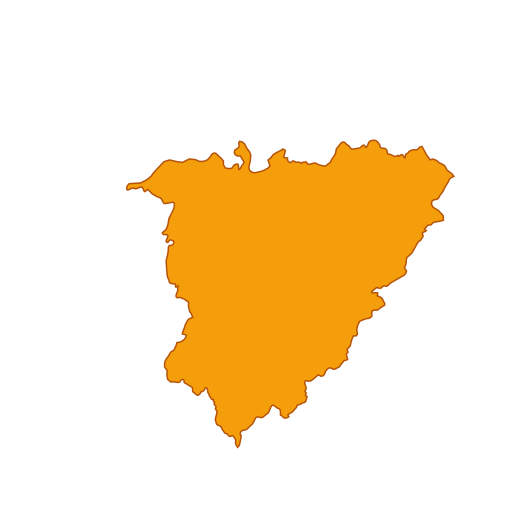 Telangana, Equal Earth projection, rotated 209°
{"feature_id": "IND-20011", "entity_name": "Telangana", "entity_type": "State", "adm_level": 1, "iso_a3": "IND", "parent_name": "India", "parent_adm1": "", "projection": "equal_earth", "projection_center": [78.948, 17.86], "detail": "fine", "context": "isolated", "style": "filled", "palette": "amber", "viewbox_px": 512, "rotation_deg": 209, "n_neighbors": 0, "source": "natural_earth", "source_scale": "10m", "svg_char_len": 6146}
<svg xmlns="http://www.w3.org/2000/svg" viewBox="0 0 512 512"><g transform="rotate(209 256 256)"><path d="M128.9,216.6L129.4,214.1L129.0,213.3L125.8,210.2L126.2,209.1L128.1,207.2L128.5,206.3L128.9,203.0L129.5,201.0L129.2,200.0L129.5,199.3L132.3,195.1L133.4,194.6L136.7,194.2L137.9,193.5L138.8,191.5L139.2,189.3L138.8,185.3L139.4,183.6L141.0,182.3L143.9,182.3L146.4,175.7L147.6,173.2L149.9,171.7L150.6,171.7L152.3,170.9L152.2,169.4L151.8,168.6L147.8,164.5L147.6,161.3L145.6,160.5L145.4,158.5L144.8,157.8L143.6,158.0L143.0,157.6L142.0,152.7L142.4,151.6L143.7,150.4L145.8,147.3L147.5,145.7L147.3,142.9L148.7,136.9L151.0,133.2L151.1,132.5L149.4,131.3L149.4,131.0L151.2,128.8L152.4,128.1L153.4,128.0L155.7,128.8L157.4,128.6L159.7,132.6L161.3,133.7L164.5,133.3L166.4,133.9L168.9,133.8L169.7,132.5L169.8,130.9L169.2,125.8L169.3,124.3L170.4,122.2L171.7,118.6L172.9,117.2L176.2,116.3L176.8,116.0L177.6,114.9L177.8,113.3L177.6,109.0L177.8,107.0L179.2,102.9L179.6,101.1L180.7,99.0L183.4,96.9L184.1,94.5L183.8,93.1L183.3,92.3L182.0,91.8L181.5,91.0L179.3,84.2L178.8,82.1L179.3,79.7L182.8,81.8L184.6,85.4L188.9,87.6L189.8,87.3L190.7,85.9L192.5,85.4L194.8,86.4L196.9,86.0L197.8,86.2L201.8,88.2L203.9,89.8L208.3,89.6L209.9,90.7L212.1,93.0L212.6,94.1L214.5,101.0L217.4,102.7L217.8,104.5L218.3,105.0L220.7,106.1L221.2,107.1L221.2,107.9L223.2,108.5L223.3,109.5L224.0,109.9L225.2,109.3L226.2,109.4L226.8,110.3L228.7,110.8L230.2,112.4L232.1,113.4L233.4,115.4L235.2,116.7L236.0,116.4L236.5,115.7L236.2,114.3L236.3,113.1L237.4,111.3L238.1,110.8L238.2,108.3L238.8,106.7L239.6,105.7L244.9,106.5L245.8,107.0L247.5,109.6L248.4,110.2L257.1,110.5L258.0,111.2L258.6,112.2L259.5,112.7L260.4,112.5L261.1,111.8L261.5,110.7L261.6,108.9L262.3,108.0L263.4,107.4L268.0,105.6L268.7,104.9L269.7,104.5L273.6,105.3L276.6,109.4L278.1,112.7L282.1,114.6L283.8,117.6L284.5,119.8L284.6,121.9L284.1,126.3L284.0,129.6L283.6,131.7L282.5,133.0L282.2,134.1L282.4,138.3L283.2,142.0L281.7,143.0L280.0,144.8L278.7,147.1L278.0,149.7L278.2,152.5L279.3,153.0L282.6,152.1L283.1,153.4L284.0,159.4L284.6,162.3L284.6,166.6L284.3,168.2L281.6,171.7L284.9,174.3L287.0,175.2L290.8,179.4L292.4,182.5L292.8,182.9L297.9,183.5L302.5,182.9L304.4,181.5L305.2,181.2L305.9,181.5L306.5,182.2L307.2,184.1L307.6,187.7L309.2,190.4L309.7,192.0L310.9,190.0L311.7,190.2L312.4,191.9L313.3,192.3L316.9,190.7L318.3,190.8L319.4,191.3L320.5,192.8L322.6,194.2L324.6,196.4L331.9,207.6L332.5,208.9L333.5,212.8L335.1,217.6L336.7,220.9L337.0,221.8L336.9,223.2L335.1,224.3L334.3,225.4L334.2,227.1L334.5,228.3L335.7,229.1L338.7,228.7L339.2,228.0L339.7,225.2L340.5,224.7L341.7,225.3L342.1,226.3L342.4,229.9L342.9,230.9L343.5,231.4L344.2,231.5L347.4,229.9L349.0,230.5L349.1,231.2L347.9,234.4L347.6,235.9L347.7,237.6L348.3,240.9L350.3,246.5L350.8,257.2L351.7,260.1L352.7,262.0L353.6,262.7L354.7,262.8L360.5,258.1L361.9,257.4L362.5,257.6L366.1,259.9L367.6,260.4L372.4,259.9L377.2,260.1L382.8,261.8L383.5,260.7L384.2,258.6L384.8,258.4L385.6,258.7L387.8,260.4L389.1,261.0L390.9,259.7L393.1,257.0L394.1,256.3L396.4,255.9L397.2,255.4L399.5,252.2L400.7,251.3L402.0,252.5L402.6,255.2L401.9,257.8L392.4,263.9L388.9,269.0L386.4,274.8L386.0,279.1L382.3,293.7L378.3,298.0L370.7,300.3L365.8,302.1L361.3,308.6L355.8,310.9L351.3,311.3L347.5,313.5L345.0,316.7L344.3,319.8L343.9,322.3L344.1,323.1L342.7,325.7L341.0,326.3L334.0,324.6L330.6,323.3L328.8,320.1L325.5,318.1L322.3,319.2L319.7,320.9L319.2,325.1L317.5,327.2L315.9,327.5L313.0,323.4L312.1,324.9L312.3,328.6L311.7,330.9L312.1,332.4L318.0,335.8L321.3,334.4L323.5,334.7L325.2,336.0L325.8,338.4L323.9,342.3L324.2,344.4L325.9,346.5L326.0,348.3L323.6,349.1L320.1,348.4L316.3,345.7L312.7,344.3L310.0,342.3L308.6,339.9L306.8,335.4L305.4,330.5L303.7,328.2L301.5,327.4L299.6,327.5L297.2,328.3L292.3,332.7L289.9,335.8L288.1,338.8L287.4,341.5L292.0,345.7L290.7,349.0L290.1,353.1L289.2,354.2L289.0,355.3L285.5,360.3L284.6,362.5L281.8,362.7L281.4,362.4L279.7,356.1L278.3,355.8L276.0,357.1L275.1,355.4L273.9,354.5L272.5,354.1L271.2,354.3L269.8,357.0L269.2,357.4L266.5,357.4L263.6,359.1L261.0,359.1L260.4,360.9L259.4,361.2L258.2,362.5L257.0,362.5L256.0,361.7L255.2,361.5L253.4,362.4L249.6,366.0L244.4,366.4L239.7,367.8L238.5,369.1L236.3,374.4L236.7,376.2L236.0,383.5L237.6,388.6L236.4,396.1L235.5,397.5L234.4,398.2L232.9,398.3L231.3,397.6L229.6,397.3L228.4,397.5L225.3,396.0L223.9,395.9L217.5,400.9L216.4,404.3L215.8,405.0L214.8,405.4L213.0,404.2L212.5,404.3L212.2,405.0L212.0,406.6L212.5,410.0L212.1,411.6L210.7,413.2L208.9,414.5L207.0,415.0L205.2,414.8L202.0,413.4L200.2,411.6L199.5,411.2L198.4,411.3L195.3,412.6L193.9,412.5L192.6,411.7L190.8,409.4L190.0,409.3L187.7,410.0L183.5,410.2L182.1,410.8L180.5,412.9L179.7,412.3L179.1,412.9L178.1,415.0L177.0,415.5L173.4,414.1L174.2,417.0L174.0,418.2L172.9,420.1L172.8,421.8L171.4,423.8L169.5,425.4L167.5,426.4L166.7,427.2L166.1,428.3L165.6,430.6L164.0,432.3L154.3,426.2L152.0,425.5L150.8,424.6L150.3,424.5L148.7,426.2L147.8,426.7L144.2,427.1L141.2,426.4L135.5,426.6L134.2,426.1L130.4,423.7L124.6,422.9L121.6,421.6L123.4,418.9L124.0,417.3L123.8,413.5L124.1,407.8L123.8,403.1L124.5,398.0L124.5,394.6L125.2,393.4L127.7,391.3L128.5,389.7L128.6,388.5L127.3,386.0L124.7,384.5L118.3,384.2L111.8,382.0L109.4,378.3L110.5,376.9L116.8,371.7L117.3,371.0L118.0,368.1L120.5,366.4L121.7,361.6L121.3,360.7L119.5,361.0L119.8,359.6L121.7,357.3L121.1,355.9L119.5,354.6L119.4,353.1L119.7,349.5L120.0,348.6L120.8,347.7L121.0,346.6L121.1,334.2L123.2,328.0L123.1,326.6L121.0,321.9L120.5,317.9L119.9,317.3L117.5,316.2L117.0,315.6L116.6,313.4L117.2,310.9L125.2,297.7L126.5,293.8L127.1,292.8L129.4,292.1L130.0,291.6L130.5,290.7L130.7,289.2L131.8,287.9L135.3,286.8L137.5,280.9L137.3,280.3L136.7,280.1L135.5,280.5L133.2,282.2L131.8,282.7L131.2,282.1L130.8,279.9L127.8,280.4L125.0,280.0L122.6,278.2L120.5,277.0L119.7,275.4L122.4,270.3L123.1,268.2L124.2,267.1L126.5,265.9L127.5,264.7L127.5,262.7L125.5,259.6L126.0,257.7L127.0,256.2L129.3,254.6L133.3,249.8L133.7,248.4L133.4,244.5L132.2,240.4L129.6,237.2L129.4,236.6L129.5,235.0L130.3,234.3L131.8,233.7L132.1,232.5L131.5,228.1L130.0,223.1L130.2,221.7L130.9,219.6L131.0,218.1L128.9,216.6Z" fill="#f59e0b" stroke="#b45309" stroke-width="1.5"/></g></svg>